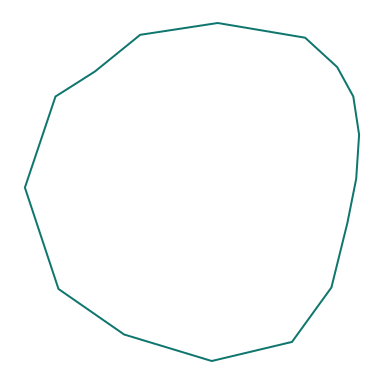 Kamituga, Sud-Kivu, Democratic Republic of the Congo
{"feature_id": "63176286B35677174574617", "entity_name": "Kamituga", "entity_type": "district", "adm_level": 2, "iso_a3": "COD", "parent_name": "Democratic Republic of the Congo", "parent_adm1": "Sud-Kivu", "projection": "orthographic", "projection_center": [28.195, -3.062], "detail": "fine", "context": "isolated", "style": "outline", "palette": "teal", "viewbox_px": 384, "rotation_deg": 0, "n_neighbors": 0, "source": "geoboundaries", "source_scale": "gbopen_adm2", "svg_char_len": 318}
<svg xmlns="http://www.w3.org/2000/svg" viewBox="0 0 384 384"><path d="M94.9,71.5L55.5,96.5L24.9,187.6L58.5,289.0L124.1,334.5L211.7,361.0L292.0,341.9L331.4,287.5L347.4,222.9L356.2,178.8L359.1,134.7L353.3,96.5L337.2,67.1L305.1,37.7L217.5,23.0L140.2,34.8L94.9,71.5Z" fill="none" stroke="#0f766e" stroke-width="2"/></svg>